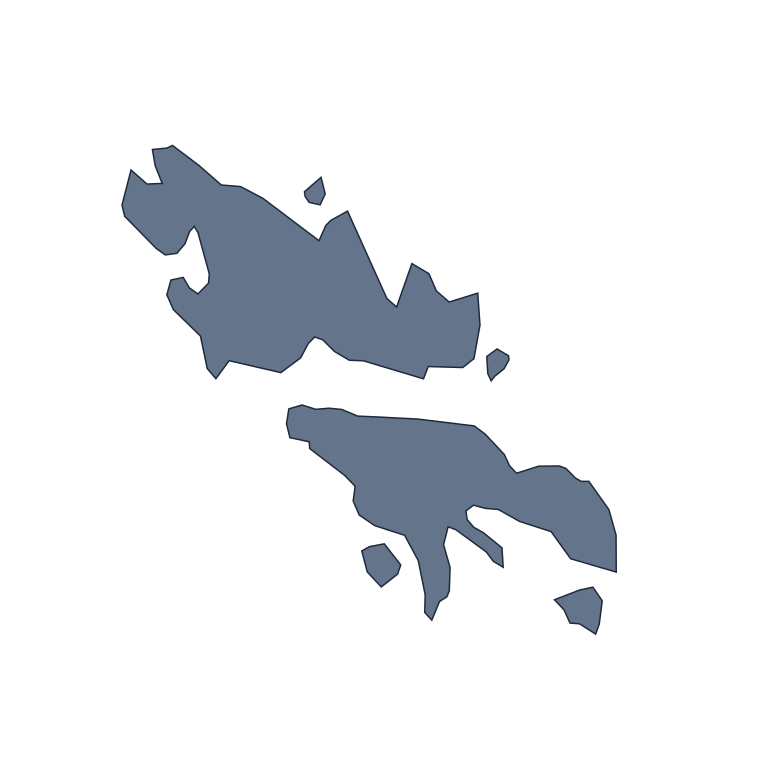 SVG path tracing the border of Falkland Islands, rotated 232°
{"feature_id": "FLK", "entity_name": "Falkland Islands", "entity_type": "country or territory", "adm_level": 0, "iso_a3": "FLK", "parent_name": "South America", "parent_adm1": "", "projection": "natural_earth1", "projection_center": [-59.536, -51.789], "detail": "fine", "context": "isolated", "style": "filled", "palette": "slate", "viewbox_px": 768, "rotation_deg": 232, "n_neighbors": 0, "source": "natural_earth", "source_scale": "50m", "svg_char_len": 1955}
<svg xmlns="http://www.w3.org/2000/svg" viewBox="0 0 768 768"><g transform="rotate(232 384 384)"><path d="M504.9,254.2L534.8,268.9L572.2,263.8L588.0,267.8L597.1,280.1L591.6,291.4L579.7,289.8L569.5,292.8L571.5,307.8L578.3,314.1L617.8,330.6L625.0,331.5L623.8,324.7L617.0,313.4L614.5,301.2L620.4,291.1L630.8,288.0L675.8,282.9L686.3,287.7L708.4,316.4L687.5,320.3L678.6,332.7L696.9,338.1L711.4,345.9L703.6,358.1L702.2,364.2L669.8,372.8L641.0,378.3L627.9,392.5L604.8,402.9L536.9,421.0L544.7,435.6L545.7,442.7L542.7,461.7L449.5,438.9L436.9,441.3L461.7,480.1L443.3,487.3L425.1,482.6L408.5,485.8L397.9,513.8L371.3,495.9L348.6,470.5L348.5,456.2L370.5,429.6L363.8,418.3L415.0,382.0L424.1,371.3L440.1,365.0L456.7,362.9L463.7,358.3L462.6,349.5L455.9,334.3L456.5,309.7L497.7,276.3L491.7,254.8L504.9,254.2ZM223.8,302.3L252.1,307.1L278.1,289.5L296.0,283.8L310.8,287.7L321.2,298.3L336.3,296.7L378.9,285.7L384.5,289.5L399.6,276.8L412.7,282.7L423.0,293.7L417.9,306.5L406.1,314.6L398.7,325.9L389.9,335.1L374.9,343.5L363.3,357.1L335.7,388.9L295.4,429.3L282.1,432.9L254.3,435.4L242.3,432.6L232.1,433.5L224.0,455.3L211.4,471.8L205.4,475.4L192.2,476.9L185.9,479.4L181.2,485.5L146.6,483.9L122.0,473.8L92.8,451.2L131.4,423.5L164.8,424.8L192.3,406.2L214.8,396.8L223.7,387.2L233.4,379.9L233.5,370.4L226.0,366.1L215.8,366.5L205.8,370.7L182.3,376.1L166.2,365.1L176.8,361.0L188.7,361.2L225.0,350.9L232.0,346.6L220.7,332.0L198.7,323.1L180.9,308.2L177.6,302.6L178.4,293.8L168.5,276.3L178.8,275.4L192.6,286.7L223.8,302.3ZM81.1,383.4L95.1,386.8L109.0,385.5L101.3,411.2L95.3,423.5L78.8,422.5L62.3,405.8L56.6,396.8L74.7,390.4L81.1,383.4ZM257.9,285.8L231.1,285.8L225.8,277.6L225.8,256.9L246.2,255.1L266.1,263.7L264.8,272.4L257.9,285.8ZM342.0,494.7L329.6,499.5L326.1,497.4L322.1,488.0L321.9,475.9L320.5,470.4L328.3,472.2L342.4,481.9L342.0,494.7ZM584.5,439.7L585.6,461.6L570.0,454.7L564.5,444.0L573.2,436.8L580.3,437.3L584.5,439.7Z" fill="#64748b" stroke="#1e293b" stroke-width="1.5"/></g></svg>